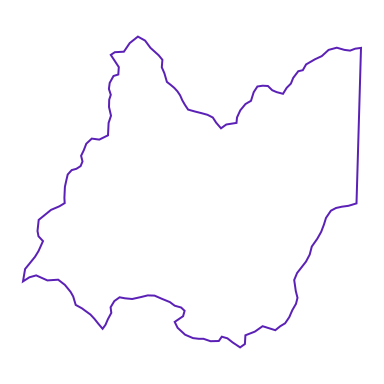 Estrela do Norte, São Paulo, Brazil
{"feature_id": "56859067B30225350735471", "entity_name": "Estrela do Norte", "entity_type": "district", "adm_level": 2, "iso_a3": "BRA", "parent_name": "Brazil", "parent_adm1": "São Paulo", "projection": "albers", "projection_center": [-51.684, -22.483], "detail": "fine", "context": "isolated", "style": "outline", "palette": "violet", "viewbox_px": 384, "rotation_deg": 0, "n_neighbors": 0, "source": "geoboundaries", "source_scale": "gbopen_adm2", "svg_char_len": 1940}
<svg xmlns="http://www.w3.org/2000/svg" viewBox="0 0 384 384"><path d="M361.0,47.9L355.2,48.7L350.1,50.6L344.5,49.9L336.8,47.7L328.6,49.9L321.8,56.1L315.1,59.2L306.1,64.4L302.8,70.2L298.3,71.2L293.2,77.9L290.9,83.6L286.7,87.8L283.0,93.8L276.6,92.1L272.2,90.2L267.9,86.0L262.7,85.7L257.4,86.5L253.7,92.2L251.0,100.8L245.5,104.0L240.3,110.3L237.0,117.5L236.5,122.9L226.3,124.5L221.0,128.3L216.1,122.6L212.8,117.5L207.5,114.8L201.3,113.1L194.9,111.5L188.1,109.6L184.9,104.8L182.3,100.3L180.1,95.3L177.4,91.3L174.2,87.8L170.6,84.8L166.9,81.9L164.4,73.3L161.8,67.3L162.4,59.8L158.6,55.2L150.4,47.8L145.1,40.6L137.9,36.6L129.7,43.1L123.9,51.7L114.8,52.2L110.8,54.9L118.8,67.1L118.3,74.5L113.5,76.0L109.7,82.9L108.9,88.9L110.8,94.8L109.2,99.7L109.0,107.0L111.0,115.7L108.6,122.9L108.0,135.3L99.3,139.6L91.8,138.6L86.3,143.7L83.8,150.2L81.1,155.8L82.5,161.5L80.6,166.1L76.4,168.8L71.7,170.1L67.7,174.5L66.3,180.5L64.9,186.9L64.4,198.0L64.7,203.1L59.4,206.3L51.0,209.9L38.7,219.9L37.5,231.0L38.5,236.3L43.0,241.1L38.5,251.1L35.0,256.8L29.1,264.1L25.1,269.0L23.0,281.4L29.4,277.3L36.2,275.4L47.4,280.4L58.2,279.7L64.9,284.9L70.6,291.9L73.2,296.5L75.7,304.9L81.9,308.3L85.7,311.1L90.4,314.5L94.4,318.8L98.3,323.7L102.6,328.8L105.5,324.8L107.9,319.2L111.3,312.9L110.6,307.3L114.3,301.1L119.6,297.3L125.0,298.3L132.2,299.0L141.2,297.0L147.7,295.4L154.5,295.6L162.1,298.9L169.9,302.1L174.7,305.7L181.1,307.5L184.6,310.8L183.1,316.2L174.7,321.9L177.6,327.8L185.1,334.7L193.0,338.1L198.9,338.8L203.5,338.8L210.5,341.2L218.8,341.0L221.8,336.7L227.4,338.3L232.6,342.4L240.1,347.4L244.9,344.0L245.4,335.3L254.9,331.6L262.6,326.2L275.3,330.2L280.3,326.2L285.1,323.3L289.3,317.1L292.3,310.2L296.0,303.8L297.5,297.8L295.8,291.1L294.2,280.0L297.1,273.0L306.0,261.6L309.7,254.6L311.8,246.5L317.2,238.9L321.2,231.8L324.0,224.4L326.0,217.9L330.9,210.7L336.0,208.0L341.9,206.7L348.5,205.8L356.5,203.4L361.0,47.9Z" fill="none" stroke="#5b21b6" stroke-width="2"/></svg>